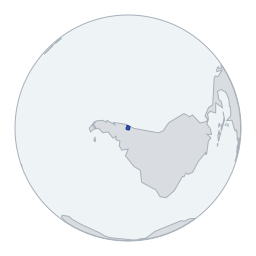 the Earth from above Maule, rotated 95°
{"feature_id": "CHL-2705", "entity_name": "Maule", "entity_type": "Region", "adm_level": 1, "iso_a3": "CHL", "parent_name": "Chile", "parent_adm1": "", "projection": "orthographic", "projection_center": [-71.352, -35.623], "detail": "coarse", "context": "on_globe", "style": "filled", "palette": "blue", "viewbox_px": 256, "rotation_deg": 95, "n_neighbors": 0, "source": "natural_earth", "source_scale": "10m", "svg_char_len": 3638}
<svg xmlns="http://www.w3.org/2000/svg" viewBox="0 0 256 256"><g transform="rotate(95 128 128)"><circle cx="128" cy="128" r="113" fill="#eef3f6" stroke="#a8b0b8"/><path d="M115.5,16.1L115.4,16.1L117.5,16.0L119.4,15.7L118.7,15.7L127.7,15.4L136.8,15.7L145.9,16.8L146.1,16.8L146.7,16.9L142.1,16.5L134.2,15.8L128.3,16.3L136.1,16.1L137.3,16.8L139.2,17.1L141.4,17.3L142.4,17.1L143.7,17.5L136.5,17.6L135.3,17.2L137.6,17.1L133.8,16.9L129.0,17.5L130.0,18.1L121.7,19.3L122.3,19.8L120.8,20.5L120.4,19.5L121.0,21.5L111.3,25.1L112.0,30.4L107.1,26.8L102.8,27.0L97.5,28.1L97.5,28.9L90.6,30.0L84.1,33.5L81.5,38.8L83.7,42.0L91.4,40.1L93.9,37.2L99.6,35.6L95.3,42.8L105.3,42.0L104.2,47.5L107.0,50.0L112.1,48.7L117.4,49.7L121.1,46.1L127.2,44.2L127.3,48.8L130.7,44.6L134.1,46.8L146.2,47.4L145.3,48.4L155.5,55.2L166.5,59.8L169.0,64.2L167.7,66.3L171.5,67.9L171.6,69.5L186.6,76.6L194.1,84.0L193.7,90.0L187.2,94.9L180.9,109.7L169.1,112.0L165.8,118.7L156.0,128.1L148.9,126.0L150.6,132.2L146.5,135.2L141.8,134.9L140.7,139.2L137.2,139.0L139.4,142.1L133.6,147.5L135.0,152.6L130.8,157.4L131.8,160.5L130.3,160.3L128.6,161.5L128.4,163.2L123.7,160.3L122.5,153.6L124.3,150.2L122.2,149.7L126.0,141.3L123.7,143.0L124.5,131.1L127.9,121.7L130.2,97.2L127.8,92.7L119.2,87.9L108.7,73.5L111.5,67.4L109.3,65.0L116.7,56.7L114.7,50.3L112.1,49.6L109.5,52.3L100.6,49.6L97.5,45.6L71.1,46.5L68.6,45.7L68.9,42.8L62.2,39.3L64.1,44.5L61.1,44.6L59.1,43.4L60.8,41.9L60.1,39.8L57.7,40.8L59.3,38.7L66.4,33.7L74.0,29.2L81.8,25.3L90.0,22.0L98.3,19.3L106.9,17.4L115.5,16.1ZM111.3,32.5L122.8,34.8L116.2,35.6L117.5,34.9L114.6,33.8L109.2,33.2L103.4,34.7L111.3,32.5ZM116.7,28.7L114.7,28.7L116.6,28.5L116.7,28.7ZM131.6,166.6L124.1,161.4L128.3,163.7L131.2,161.0L135.1,165.0L131.6,166.6ZM140.3,160.1L143.7,159.1L144.5,160.1L142.3,161.0L140.3,160.1ZM228.5,178.8L226.4,182.7L226.5,182.0L224.3,185.2L222.5,186.5L220.7,185.9L221.2,179.1L223.9,175.6L228.1,166.2L235.1,146.6L237.7,141.5L238.9,135.5L239.0,118.6L239.1,113.0L238.5,108.9L237.6,106.8L236.5,101.9L235.7,100.1L228.4,91.7L224.5,84.1L215.8,67.2L215.9,64.0L213.0,58.4L212.2,53.2L217.2,59.3L221.8,65.7L226.0,72.4L229.6,79.5L232.8,86.7L235.4,94.2L237.5,101.8L239.1,109.6L240.1,117.4L240.6,125.3L240.5,133.2L239.9,141.1L238.7,148.9L236.9,156.6L234.7,164.2L231.9,171.6L228.5,178.8ZM215.7,57.5L216.6,58.8L215.7,57.5ZM146.6,47.4L148.1,48.4L146.1,48.2L146.6,47.4ZM115.2,37.2L117.7,37.1L118.9,37.7L117.1,38.0L115.2,37.2ZM135.9,36.9L138.7,37.4L135.8,37.5L135.9,36.9ZM124.6,35.2L133.7,36.7L127.9,37.8L122.2,37.0L126.2,36.5L124.6,35.2ZM115.4,30.7L116.9,30.8L116.5,31.5L115.4,30.7ZM118.1,28.6L117.5,28.7L116.8,28.3L118.1,28.6ZM137.7,16.8L138.4,16.8L140.6,17.0L139.5,17.1L137.7,16.8ZM150.5,18.0L152.3,18.7L150.3,18.1L149.2,18.0L143.6,17.0L146.7,17.0L146.3,17.1L150.5,18.0ZM137.1,16.0L140.2,16.4L136.6,16.0L137.1,16.0ZM175.6,230.1L173.2,231.1L174.7,230.4L175.6,230.1ZM51.9,210.2L51.5,209.2L54.7,211.9L58.8,215.2L61.9,218.1L51.9,210.2ZM49.1,207.5L46.2,204.8L44.3,203.2L45.6,204.0L44.3,201.9L50.8,208.4L49.1,207.5Z" fill="#d9dde1" stroke="#a8b0b8" stroke-width="1"/><path d="M129.6,126.8L129.6,127.1L129.3,127.2L129.2,127.3L129.3,127.4L129.5,127.5L129.4,127.5L129.5,127.8L129.5,128.1L129.6,128.3L129.5,128.5L129.5,128.8L129.4,129.0L129.2,129.0L129.0,129.3L129.0,129.6L128.9,129.6L128.7,129.5L128.4,129.5L127.9,129.6L126.9,129.0L126.7,129.1L126.4,129.1L126.2,128.9L125.9,128.8L125.7,128.9L125.7,128.7L126.0,128.3L125.9,127.9L126.1,127.8L126.3,127.2L126.6,127.0L126.7,126.6L126.8,126.3L127.1,126.5L127.4,126.7L127.5,126.6L127.9,126.6L128.0,126.5L128.3,126.4L128.6,126.6L128.9,126.6L129.1,126.8L129.6,126.8Z" fill="#3b82f6" stroke="#1e3a8a" stroke-width="1.5"/></g></svg>